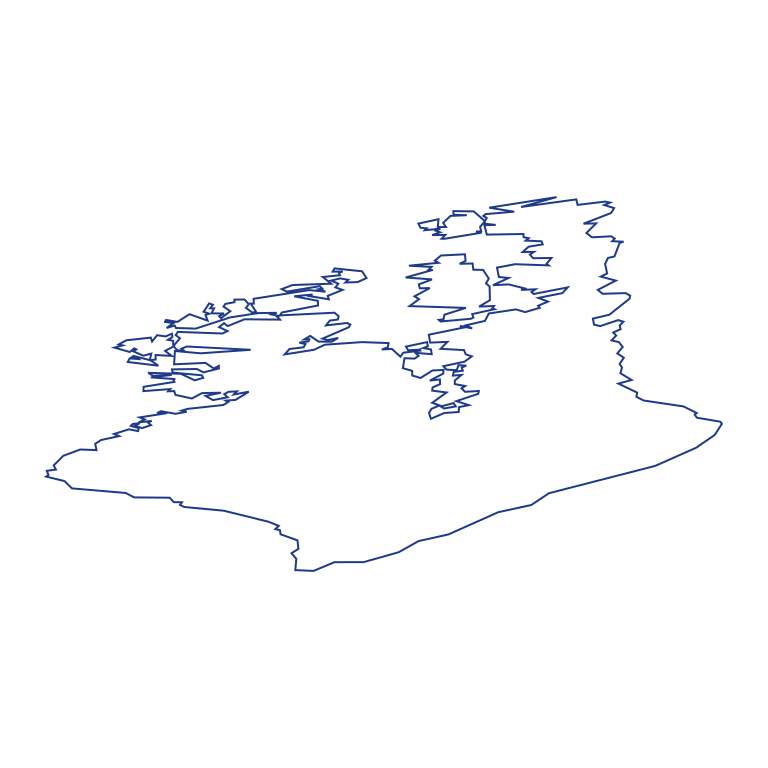 Averøy nor, Møre og Romsdal, Norway (Equal Earth projection)
{"feature_id": "86288312B65221364882540", "entity_name": "Averøy nor", "entity_type": "district", "adm_level": 2, "iso_a3": "NOR", "parent_name": "Norway", "parent_adm1": "Møre og Romsdal", "projection": "equal_earth", "projection_center": [7.535, 63.027], "detail": "fine", "context": "isolated", "style": "outline", "palette": "blue", "viewbox_px": 768, "rotation_deg": 0, "n_neighbors": 0, "source": "geoboundaries", "source_scale": "gbopen_adm2", "svg_char_len": 6106}
<svg xmlns="http://www.w3.org/2000/svg" viewBox="0 0 768 768"><path d="M556.6,197.1L489.2,207.7L514.2,211.7L485.7,214.1L483.4,215.9L486.7,218.0L484.9,221.1L473.7,211.4L453.4,211.1L453.5,214.8L466.8,215.2L450.5,215.9L443.2,222.8L445.9,227.0L437.8,227.1L438.5,219.2L418.4,223.6L420.6,227.8L426.7,228.3L424.8,230.2L440.4,228.7L436.0,230.8L440.1,232.3L432.1,235.1L445.3,234.9L441.6,238.7L444.4,238.8L481.6,232.7L476.0,231.5L481.2,231.4L480.1,226.9L484.8,221.3L485.0,223.8L495.7,224.9L484.4,225.2L486.8,234.6L523.4,234.0L523.6,237.2L528.7,238.2L525.7,240.6L541.5,241.3L542.7,244.4L528.6,246.7L522.7,252.0L533.9,251.9L529.9,254.6L533.1,258.2L551.4,258.0L546.5,263.9L548.6,265.4L515.1,264.2L497.0,267.6L498.9,277.0L508.6,278.0L492.9,285.2L508.7,284.4L526.5,288.9L521.0,289.9L535.4,289.3L531.5,292.0L533.6,294.0L567.7,287.4L562.4,293.1L538.4,297.9L548.0,301.6L538.1,305.8L539.8,307.8L525.2,312.1L515.9,309.4L488.8,313.5L485.0,320.9L465.9,325.3L472.2,328.4L459.9,325.9L464.0,327.5L428.8,334.7L430.2,342.6L447.4,341.9L440.6,348.8L464.0,350.1L465.7,354.3L471.8,356.4L464.5,361.7L443.4,366.2L446.5,369.6L456.7,370.2L458.5,365.2L466.3,365.6L461.7,367.6L462.8,370.7L453.7,371.9L452.9,375.6L461.5,374.9L454.8,380.5L454.8,384.1L465.1,386.0L461.5,388.4L465.1,391.8L478.8,391.0L478.3,393.8L456.4,401.1L468.8,405.1L459.1,407.1L458.7,412.0L444.3,413.0L430.9,418.8L429.0,412.8L431.5,408.8L439.3,405.5L444.0,408.5L455.8,406.4L453.6,403.1L441.8,406.2L432.2,402.8L446.5,392.5L432.2,390.6L432.6,387.4L440.1,384.1L439.9,379.4L429.8,380.6L443.2,373.6L443.5,369.9L432.4,370.5L420.5,378.0L412.3,375.5L412.1,370.8L402.9,368.2L404.5,358.2L414.6,358.6L418.6,355.9L415.4,352.8L431.7,354.2L431.0,349.5L423.3,348.0L427.8,346.3L427.1,342.1L406.0,346.6L408.2,350.3L420.3,349.6L420.4,350.6L403.2,352.7L400.4,356.7L391.9,348.9L381.8,349.5L387.8,347.3L388.6,343.1L362.2,342.1L324.8,344.7L313.9,349.8L284.7,354.4L289.5,349.0L303.6,347.3L305.5,344.1L299.3,342.6L308.4,341.4L309.3,339.3L304.3,339.4L310.2,335.9L318.6,341.6L331.7,341.7L338.2,337.9L327.6,340.1L322.5,338.6L348.9,327.2L350.3,324.6L347.2,323.0L326.0,325.4L329.8,320.6L337.9,319.5L338.7,316.3L334.5,312.7L279.9,315.4L281.8,312.5L318.0,305.5L317.8,300.8L294.2,296.3L312.4,294.5L309.4,296.1L328.9,299.3L327.7,295.9L342.6,289.9L335.4,287.4L338.3,283.7L331.1,280.6L340.1,278.4L348.3,279.8L345.4,282.5L357.5,282.1L366.5,278.1L362.1,271.3L334.6,268.4L332.7,271.6L342.8,271.5L338.8,272.6L340.0,275.2L322.8,277.0L331.2,283.7L292.7,285.0L281.7,289.1L286.9,291.6L319.8,286.2L322.3,288.6L318.8,289.2L325.5,291.7L309.2,290.1L253.6,298.8L253.8,303.6L250.8,303.6L256.2,312.0L252.2,312.5L245.9,307.9L248.8,304.2L244.5,299.5L234.4,299.6L234.5,302.2L225.4,303.9L223.5,306.6L230.3,311.2L221.0,318.2L219.1,316.1L224.0,313.5L211.4,313.3L214.1,308.4L210.2,308.3L212.9,304.8L209.2,303.4L203.6,311.7L209.3,313.7L205.5,314.9L207.6,320.6L189.5,314.2L177.4,321.9L165.3,319.8L167.1,321.0L164.2,321.8L173.5,323.1L166.6,328.0L174.7,325.5L176.0,328.0L195.7,328.6L230.2,317.4L258.4,313.1L276.7,312.8L271.7,314.5L279.4,316.0L276.9,316.5L280.0,319.6L244.5,319.3L227.7,326.1L224.0,323.2L219.1,327.1L227.5,331.1L222.5,333.5L177.8,331.9L175.7,335.1L179.9,338.3L173.5,346.0L177.3,350.4L183.8,350.6L181.5,348.7L186.8,346.5L250.7,349.8L200.7,353.3L174.9,351.0L174.1,364.3L205.5,362.9L213.8,368.5L218.8,365.9L218.9,368.5L203.5,372.4L196.9,369.0L171.9,369.4L172.7,372.6L201.9,375.3L203.2,377.9L194.7,380.3L180.9,373.8L148.1,372.8L153.2,375.8L171.7,374.9L150.8,377.4L175.4,379.1L173.0,379.3L174.4,381.9L143.6,386.8L143.4,391.1L170.2,389.1L168.2,391.3L174.2,391.1L175.5,394.9L191.9,398.5L202.0,393.1L221.0,392.7L205.6,395.9L212.9,400.1L227.6,397.3L224.3,394.1L228.6,391.8L236.9,391.4L233.8,394.5L248.8,391.7L235.5,399.9L225.7,400.6L228.2,402.0L223.3,405.0L187.5,408.9L181.7,410.6L186.7,411.8L175.5,413.8L160.8,411.2L157.1,413.1L167.2,413.1L139.6,417.4L144.7,419.4L138.7,422.4L151.7,420.9L147.9,422.5L151.0,425.1L142.1,428.1L134.9,425.8L139.8,423.1L132.7,424.0L130.8,425.9L138.7,428.1L138.1,431.1L128.9,429.3L114.0,434.0L119.1,436.1L101.1,440.0L95.2,443.8L96.5,450.1L80.2,449.5L63.3,455.8L53.7,465.4L55.9,469.6L46.8,470.8L48.5,475.0L46.1,476.6L64.5,481.1L72.0,488.4L125.8,493.0L134.1,497.4L169.6,497.7L173.8,502.1L181.9,502.3L180.0,504.9L184.2,507.0L223.8,510.7L268.7,521.8L278.7,525.9L275.3,529.1L279.9,530.1L280.6,534.3L297.5,540.4L298.4,548.9L291.5,553.2L296.3,558.9L295.3,570.1L313.5,570.9L334.4,562.2L363.7,562.1L398.7,552.2L418.5,541.1L448.5,534.4L498.2,512.2L531.3,505.0L549.0,493.2L655.2,465.9L696.0,447.8L714.8,434.9L721.9,423.8L720.3,421.7L696.9,417.7L694.7,414.6L696.7,413.0L683.4,406.4L643.6,400.5L636.4,396.8L637.2,392.6L618.4,383.6L631.6,380.0L620.4,373.2L622.0,367.5L619.6,364.0L623.8,357.7L617.3,353.4L622.7,347.0L618.9,342.1L611.6,340.4L616.2,335.6L613.2,332.5L620.6,329.2L619.7,325.5L623.4,321.7L618.2,320.1L600.2,326.1L594.0,324.6L592.9,318.6L609.4,314.7L629.5,298.7L630.2,295.6L625.5,293.1L602.6,293.8L597.8,289.9L615.8,280.6L600.8,276.6L607.1,273.5L605.1,263.9L607.9,258.0L614.5,256.4L619.6,243.0L623.6,241.7L612.2,241.2L614.7,238.6L611.2,236.3L591.9,237.3L586.4,233.0L596.1,223.4L583.5,223.7L611.1,213.0L614.1,208.1L604.2,205.0L610.1,202.6L605.2,201.6L577.6,204.9L576.3,199.4L521.1,207.0L556.6,197.1ZM464.9,254.3L441.0,255.5L434.8,260.7L438.5,262.8L408.9,265.7L431.5,266.9L428.2,270.2L432.9,269.9L405.6,277.5L432.0,279.4L418.8,284.4L419.8,288.3L429.8,288.1L414.5,296.3L419.0,299.1L409.6,306.1L465.9,307.9L444.4,314.7L443.5,319.3L438.8,319.9L440.6,321.5L470.7,318.8L473.4,317.6L472.2,314.1L494.5,309.2L492.3,308.3L494.0,306.0L479.1,306.6L489.9,300.2L489.6,286.5L486.0,283.4L488.8,278.6L483.1,269.9L473.3,269.7L472.6,263.5L459.6,263.8L465.6,260.9L464.9,254.3ZM165.6,336.4L157.1,335.2L152.1,341.5L150.8,337.6L126.3,340.3L118.8,344.4L122.7,345.4L114.4,347.6L129.8,352.0L134.3,348.3L136.3,349.4L133.3,351.3L143.3,355.7L151.3,353.6L149.8,360.1L133.4,355.9L131.4,357.5L136.8,357.1L138.9,359.1L129.7,358.4L127.8,362.0L158.4,365.7L150.3,360.2L155.6,359.5L155.6,355.0L171.7,355.9L165.1,350.9L173.2,346.6L173.2,340.8L167.9,339.8L172.4,337.1L171.9,333.7L165.6,336.4Z" fill="none" stroke="#1e3a8a" stroke-width="2"/></svg>